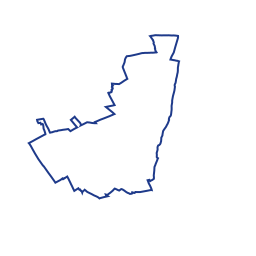 Predesti, Dolj, Romania, rotated 57°
{"feature_id": "2599482B93279988577688", "entity_name": "Predesti", "entity_type": "district", "adm_level": 2, "iso_a3": "ROU", "parent_name": "Romania", "parent_adm1": "Dolj", "projection": "equal_earth", "projection_center": [23.59, 44.374], "detail": "fine", "context": "isolated", "style": "outline", "palette": "blue", "viewbox_px": 256, "rotation_deg": 57, "n_neighbors": 0, "source": "geoboundaries", "source_scale": "gbopen_adm2", "svg_char_len": 5544}
<svg xmlns="http://www.w3.org/2000/svg" viewBox="0 0 256 256"><g transform="rotate(57 128 128)"><path d="M113.2,219.8L113.3,219.7L114.4,219.5L122.3,219.2L127.1,218.9L132.7,218.7L134.3,218.7L134.8,212.9L134.6,210.5L135.3,210.5L135.3,209.4L135.6,209.5L135.6,205.4L136.9,205.5L138.0,205.6L142.9,206.2L144.1,206.4L145.2,206.5L145.8,206.6L146.4,206.6L147.4,206.8L149.8,207.1L151.5,207.3L151.5,202.5L152.0,202.5L152.5,202.4L153.3,202.4L153.5,201.7L154.8,201.8L154.9,201.5L155.2,201.4L156.3,201.4L157.3,201.6L156.8,201.0L156.7,200.8L156.6,200.6L156.5,199.8L156.4,198.6L156.2,198.0L156.5,197.9L156.9,197.7L158.4,197.3L159.1,197.1L159.9,196.7L162.6,195.1L163.4,194.6L166.0,193.2L168.4,191.6L170.1,190.7L171.5,190.3L171.5,190.0L172.4,187.2L172.8,186.0L173.8,183.2L174.2,182.1L173.8,182.3L173.2,182.6L172.7,182.9L172.3,183.0L172.0,183.0L171.6,182.9L171.8,182.7L172.3,182.6L172.6,182.5L172.6,182.1L172.8,181.8L172.8,181.3L172.8,180.6L172.7,180.0L172.7,179.0L172.5,176.9L172.2,174.7L171.8,173.4L171.6,172.1L173.1,171.1L173.8,170.7L175.5,169.6L175.7,169.4L175.5,167.4L175.6,166.9L175.7,166.7L176.0,166.5L176.5,166.1L176.9,165.9L178.3,165.3L178.5,165.1L179.0,165.0L180.1,164.6L180.6,164.4L181.7,163.9L182.0,163.7L182.4,163.5L182.8,163.1L183.3,162.8L183.9,162.5L184.3,162.3L184.5,161.9L184.8,161.4L185.0,160.8L185.2,160.0L185.2,159.9L184.3,159.6L184.2,159.5L186.0,157.9L186.0,157.3L186.0,157.2L185.9,157.1L185.7,156.7L188.3,152.8L191.2,145.8L192.1,143.5L192.6,142.3L193.0,141.9L192.4,141.7L191.7,141.5L191.2,141.4L188.9,141.0L188.1,140.9L186.7,140.8L185.6,140.7L183.6,140.2L182.5,140.0L183.1,138.3L184.6,138.3L184.6,138.0L184.6,137.1L184.8,136.1L184.7,134.0L183.9,133.4L182.5,132.6L181.9,132.3L178.1,129.2L175.6,127.4L175.0,126.9L173.9,125.2L173.3,124.5L170.9,121.0L170.3,120.4L170.1,120.0L169.7,119.3L168.7,119.7L168.0,119.7L166.9,118.9L166.0,118.3L165.2,117.9L164.6,117.6L163.3,116.1L162.6,115.3L161.9,114.7L160.6,114.0L160.0,113.5L159.4,112.7L159.1,112.2L159.1,111.9L159.3,111.2L159.2,110.6L159.0,109.8L158.5,109.0L158.1,108.6L157.5,107.9L157.3,107.6L156.8,107.2L155.1,105.9L154.4,105.5L153.7,104.4L153.3,103.7L153.1,103.3L152.6,102.9L151.8,102.2L150.3,100.8L149.7,100.2L149.2,99.2L148.3,97.0L147.9,95.9L147.4,94.9L146.8,94.0L146.3,92.9L145.2,91.2L144.4,90.2L143.6,89.1L142.9,89.0L142.6,88.7L142.0,88.0L141.5,87.4L141.1,85.8L140.8,85.3L140.5,84.9L139.5,84.0L137.9,82.7L136.5,81.5L135.0,80.5L133.2,79.4L132.0,78.3L130.7,77.1L129.0,76.0L127.3,74.4L125.8,73.0L123.3,70.2L121.9,68.7L119.7,66.8L118.9,66.1L118.4,66.0L117.4,65.5L116.8,64.8L116.3,63.9L115.9,63.4L114.5,62.1L113.8,61.5L113.1,60.9L111.6,59.2L109.4,57.1L108.6,56.2L108.0,55.7L107.0,54.9L105.9,54.2L104.3,53.1L103.0,51.8L102.7,51.7L102.3,51.2L101.9,50.9L101.2,50.2L100.1,49.2L99.9,48.9L98.5,50.0L98.0,50.7L96.6,52.0L96.0,52.6L95.7,53.1L95.2,53.4L94.7,54.1L94.3,54.4L93.7,55.1L92.8,54.0L91.7,52.4L89.6,48.5L85.7,44.1L79.9,37.3L78.9,36.4L78.0,35.9L76.2,38.0L75.0,39.6L74.7,40.2L74.1,41.1L73.3,42.2L72.7,43.0L72.2,43.7L71.6,44.7L69.3,48.3L68.6,49.4L65.0,54.6L63.9,57.3L63.3,58.4L63.0,59.4L63.5,59.3L64.5,59.3L65.5,59.3L66.8,59.2L67.3,59.3L67.9,59.1L68.3,59.2L68.5,59.4L69.7,59.6L70.5,59.9L70.6,60.1L70.9,60.5L71.6,60.7L72.7,60.8L73.9,61.0L74.8,61.4L75.3,61.6L75.5,61.8L75.9,62.1L76.4,62.1L76.5,62.3L77.6,62.7L78.2,62.8L78.9,62.9L79.5,62.9L79.9,62.9L80.1,62.9L80.0,63.3L79.4,64.1L79.1,64.8L79.0,65.1L78.4,66.0L78.2,66.5L77.4,67.6L77.1,68.2L76.3,69.6L76.1,69.9L75.6,70.7L74.1,73.1L73.3,74.7L72.9,75.2L72.6,76.1L72.5,76.3L72.2,77.2L72.0,77.9L70.9,81.0L69.3,85.3L68.5,87.3L68.0,88.2L67.2,89.9L67.3,90.0L67.3,90.4L67.9,91.7L68.3,92.3L68.8,93.1L69.1,93.4L70.4,94.5L71.1,95.2L72.5,97.2L73.3,98.3L73.4,98.7L73.6,98.9L73.7,99.0L74.0,99.2L74.5,99.4L79.9,100.5L81.1,100.7L82.3,101.0L82.7,101.0L83.2,101.2L83.7,101.2L85.6,101.7L86.4,101.8L86.3,105.2L86.4,109.1L86.3,111.6L84.9,113.5L84.1,114.7L83.1,115.9L82.0,117.3L82.8,117.7L82.9,117.8L83.1,117.8L83.3,117.8L83.3,118.0L83.5,118.1L83.9,117.9L83.9,118.0L84.1,118.1L84.3,118.1L84.7,118.4L84.8,118.5L84.8,118.9L84.7,119.1L84.8,119.2L85.1,119.1L85.3,119.1L85.5,119.0L85.8,119.4L86.0,119.5L86.5,119.3L86.7,119.5L86.9,119.8L87.0,120.2L86.9,120.5L86.9,120.8L87.9,121.1L88.2,121.5L88.1,121.9L88.2,122.0L88.4,122.1L88.7,122.1L88.9,122.3L88.9,122.5L88.7,123.0L88.6,123.4L88.5,123.6L88.4,123.9L88.5,124.1L88.4,124.3L88.6,124.9L88.4,125.1L88.1,125.1L87.8,125.2L87.8,125.4L91.9,126.0L93.5,126.1L101.5,126.8L100.7,129.0L99.3,132.5L98.3,135.1L106.6,132.4L108.9,131.8L108.7,132.9L108.5,134.2L108.3,135.3L108.0,137.1L107.2,141.0L106.8,143.0L106.0,146.6L105.4,150.4L105.0,152.4L106.5,152.3L105.7,153.5L104.3,155.3L102.5,157.2L100.9,159.2L100.5,163.2L100.4,164.0L100.1,166.3L99.9,166.0L99.2,165.6L98.8,165.5L98.2,165.4L97.4,165.4L91.8,166.4L91.3,166.5L89.5,166.6L89.7,167.8L90.1,171.5L96.3,170.8L98.4,170.5L99.5,170.4L99.8,170.3L99.5,173.4L99.3,178.0L96.3,178.7L95.4,180.8L94.0,183.7L93.4,185.2L92.3,187.5L92.0,188.2L92.1,188.6L92.1,188.9L91.9,189.3L91.6,190.0L91.1,190.7L90.8,191.7L90.5,192.8L90.2,194.1L89.9,194.6L89.8,194.9L89.6,195.6L89.5,195.9L89.4,196.0L86.3,195.4L84.8,195.2L82.5,195.1L81.4,195.0L79.6,194.8L77.0,194.3L74.7,193.9L74.1,194.0L73.1,196.3L71.6,199.8L72.1,200.0L72.8,200.3L73.7,200.4L75.1,200.5L75.7,199.2L75.9,198.6L76.7,198.7L77.7,198.9L78.1,197.4L79.0,197.5L79.5,197.6L80.4,198.0L82.5,199.1L82.8,199.2L83.7,199.3L85.0,199.6L87.5,200.3L88.0,200.5L88.3,200.7L88.1,201.7L87.9,204.3L87.3,211.4L87.1,214.6L86.9,217.0L86.7,219.4L87.2,219.3L90.1,219.3L94.0,219.6L98.8,219.9L105.4,220.1L110.6,219.9L113.2,219.8Z" fill="none" stroke="#1e3a8a" stroke-width="2"/></g></svg>